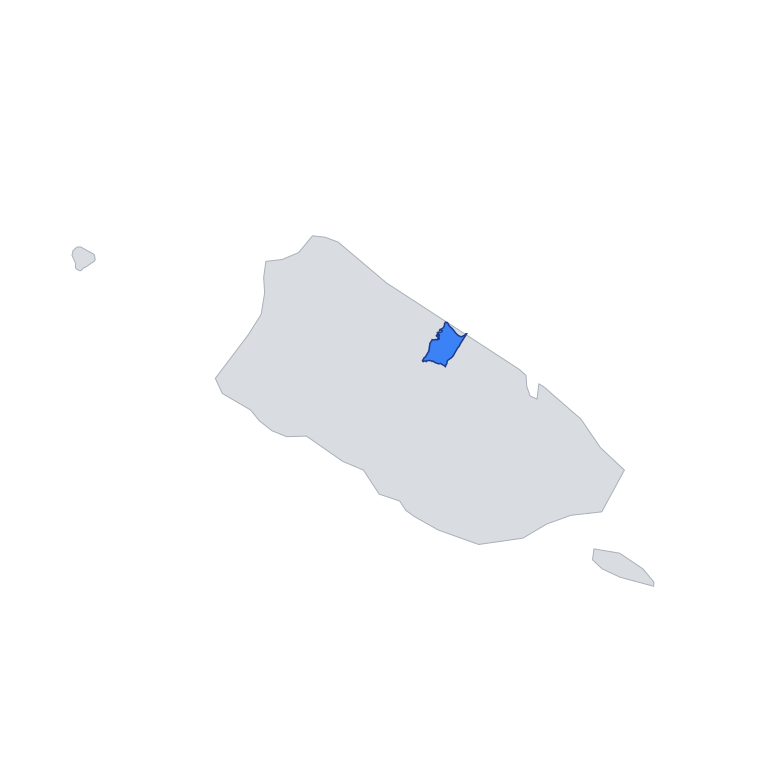 location of Manatí, Puerto Rico, rotated 31°
{"feature_id": "32010507B74616121786134", "entity_name": "Manatí", "entity_type": "district", "adm_level": 2, "iso_a3": "PRI", "parent_name": "Puerto Rico", "parent_adm1": "", "projection": "equal_earth", "projection_center": [-66.506, 18.418], "detail": "fine", "context": "in_parent", "style": "filled", "palette": "blue", "viewbox_px": 768, "rotation_deg": 31, "n_neighbors": 0, "source": "geoboundaries", "source_scale": "gbopen_adm2", "svg_char_len": 2963}
<svg xmlns="http://www.w3.org/2000/svg" viewBox="0 0 768 768"><g transform="rotate(31 384 384)"><path d="M507.4,312.3L515.3,319.0L522.9,318.1L516.7,304.1L522.4,304.1L571.0,312.7L602.3,327.1L634.4,334.0L636.5,381.4L611.8,400.3L595.6,420.1L582.5,444.5L547.8,472.8L506.0,481.2L478.2,482.0L467.8,481.1L457.7,476.2L436.7,480.9L410.7,468.4L388.5,471.6L344.3,468.6L327.7,479.3L311.9,481.8L296.3,479.8L283.1,475.0L250.3,475.4L236.5,466.0L242.3,412.0L242.8,387.5L234.8,367.4L226.0,354.7L219.6,339.7L232.5,329.8L243.1,315.4L246.4,293.8L258.0,288.5L271.6,286.0L334.1,296.1L492.4,301.8L501.4,303.5L507.4,312.3ZM686.2,428.0L666.3,430.1L653.3,427.3L648.9,417.2L673.1,407.7L701.2,409.1L717.4,414.8L719.3,418.5L686.2,428.0ZM65.0,443.6L62.6,443.9L60.3,443.6L59.2,442.6L57.6,439.5L50.3,434.4L48.7,429.7L50.3,424.7L53.3,422.8L68.0,422.2L69.5,422.7L72.4,426.1L72.4,428.5L71.0,430.9L68.4,436.9L67.3,438.4L66.5,439.9L66.1,442.6L65.0,443.6Z" fill="#d9dde1" stroke="#a8b0b8" stroke-width="1"/><path d="M422.8,337.3L423.8,337.4L425.7,337.1L427.4,337.5L427.7,337.5L427.3,335.9L427.4,335.5L427.3,334.3L427.0,333.1L426.4,332.0L426.4,331.3L426.6,330.5L428.2,326.9L428.3,326.4L428.6,325.5L428.8,324.1L428.6,317.5L428.6,315.4L428.6,314.3L428.9,313.9L429.0,313.3L428.9,311.5L428.7,311.4L428.7,310.2L428.8,307.6L428.8,306.4L429.0,298.4L428.5,298.7L428.4,298.7L427.9,301.1L427.3,301.6L426.3,303.4L426.0,303.5L425.0,304.0L422.0,304.1L421.0,303.8L418.5,303.2L417.6,302.7L417.2,302.5L415.7,302.0L413.6,301.3L412.0,301.0L411.4,300.9L411.1,300.9L410.1,300.6L409.9,300.5L409.0,300.0L408.7,299.8L407.6,299.1L406.9,298.9L406.4,298.7L405.0,299.5L404.9,299.5L405.0,299.8L404.7,300.9L405.5,302.4L405.8,303.7L405.7,305.4L405.4,306.4L405.3,306.8L404.1,308.1L403.9,308.4L403.9,309.4L404.1,309.5L404.6,308.8L405.1,308.4L405.8,308.3L406.5,308.5L406.8,309.0L406.7,309.4L405.6,310.7L405.2,311.0L404.1,311.3L403.8,311.7L403.5,312.1L403.3,312.7L403.6,312.8L404.1,312.5L404.6,312.9L405.1,313.0L404.5,313.5L404.2,314.1L403.9,315.4L404.2,315.8L404.5,316.0L405.6,315.9L405.8,315.0L405.5,314.6L405.4,314.2L405.8,313.9L405.8,313.5L406.1,313.4L406.4,313.9L406.5,315.1L406.3,315.8L406.6,316.6L406.9,316.4L407.4,316.9L407.8,316.3L408.1,316.9L407.7,317.5L407.6,317.1L406.7,317.1L406.8,317.7L406.6,318.0L406.7,318.3L406.7,318.6L405.9,319.3L405.0,319.4L404.6,320.1L402.9,321.1L402.4,321.2L402.7,322.0L402.6,322.6L402.5,323.0L402.5,324.4L402.4,324.8L402.5,325.8L403.1,326.8L403.4,328.0L403.8,328.4L403.9,329.3L404.4,329.7L404.5,330.4L404.8,331.0L404.9,331.9L405.3,332.0L405.6,332.4L405.5,333.2L405.4,335.0L405.5,335.4L405.5,338.5L405.5,339.7L404.8,340.9L405.0,342.4L404.9,344.0L405.6,344.6L406.0,344.6L406.3,344.5L406.4,343.7L407.5,343.0L408.6,343.1L408.7,342.3L409.4,341.6L409.7,341.4L409.8,341.1L410.5,340.6L411.0,340.5L411.9,340.0L413.3,339.6L413.6,339.9L414.3,339.2L415.0,339.1L415.8,339.4L417.7,339.2L419.5,338.7L420.2,338.7L421.3,337.9L421.8,337.2L422.8,337.3Z" fill="#3b82f6" stroke="#1e3a8a" stroke-width="1.5"/></g></svg>